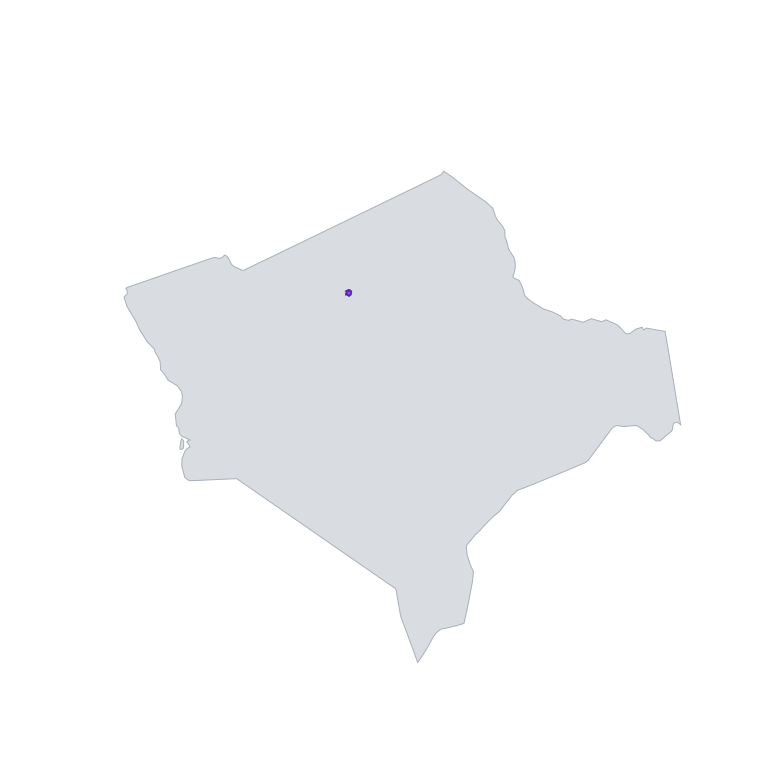 location of Kiambu, Central, Kenya, rotated 125°
{"feature_id": "3690345B45864022138182", "entity_name": "Kiambu", "entity_type": "district", "adm_level": 2, "iso_a3": "KEN", "parent_name": "Kenya", "parent_adm1": "Central", "projection": "orthographic", "projection_center": [36.843, -1.158], "detail": "fine", "context": "in_parent", "style": "filled", "palette": "violet", "viewbox_px": 768, "rotation_deg": 125, "n_neighbors": 0, "source": "geoboundaries", "source_scale": "gbopen_adm2", "svg_char_len": 4374}
<svg xmlns="http://www.w3.org/2000/svg" viewBox="0 0 768 768"><g transform="rotate(125 384 384)"><path d="M175.5,457.2L175.3,448.2L176.6,425.5L176.4,405.6L177.6,395.6L182.5,389.2L184.8,384.6L186.4,378.2L189.0,373.0L194.8,368.7L195.9,366.3L202.1,359.2L205.8,350.1L208.6,346.9L212.1,344.1L214.6,342.6L218.6,341.0L221.8,340.2L222.4,339.4L222.7,338.0L221.6,332.3L223.0,330.4L225.1,326.6L227.6,323.1L229.9,320.9L231.1,318.6L231.7,314.6L231.8,311.7L231.8,307.1L231.1,296.6L228.5,287.9L226.9,278.0L228.1,274.8L226.0,269.1L225.0,268.7L223.3,267.5L221.2,262.1L219.6,257.1L218.6,255.9L211.6,251.6L208.1,241.4L204.2,239.1L202.1,228.9L201.7,226.1L203.9,216.0L203.7,213.6L201.4,211.5L194.8,209.3L189.5,205.2L190.2,203.7L190.6,202.2L187.8,201.2L179.7,183.9L190.2,173.5L200.9,163.0L214.5,149.7L227.0,137.5L237.7,127.0L247.3,117.6L247.1,119.4L247.1,121.8L248.3,123.2L250.3,124.2L253.0,123.2L255.5,121.7L257.8,121.4L272.2,125.3L274.6,128.7L274.4,132.4L275.1,135.0L274.0,137.7L272.7,145.8L273.1,153.2L277.4,158.7L281.3,163.0L284.3,169.1L286.6,170.9L289.7,171.9L299.6,172.1L314.3,172.5L328.5,172.9L329.7,173.0L332.7,173.9L345.8,182.1L357.7,189.6L367.8,196.1L377.6,202.4L387.1,208.6L394.5,213.7L401.8,215.3L413.6,216.0L421.8,216.2L429.3,218.4L440.6,220.4L449.0,221.4L454.1,222.6L468.1,223.8L470.4,223.1L476.6,217.5L483.5,208.3L486.2,203.2L495.2,198.2L510.9,191.1L522.0,186.2L534.3,181.2L539.9,185.6L547.7,192.5L551.1,195.9L553.9,197.4L558.1,198.5L563.2,198.5L566.0,198.3L571.7,197.5L585.0,196.7L592.7,196.7L586.3,205.9L578.7,216.9L564.6,237.2L553.9,247.9L545.7,256.0L545.0,257.4L545.1,266.4L545.2,288.5L545.5,332.6L545.7,376.7L545.9,420.9L546.0,442.9L546.0,450.4L553.1,459.6L560.1,468.7L569.4,480.7L574.3,487.2L575.1,489.3L574.8,493.6L567.2,502.6L561.0,506.7L552.6,508.6L550.1,508.3L546.8,507.0L545.5,509.1L544.5,512.5L542.6,511.8L541.2,510.8L542.1,516.7L542.9,519.7L541.6,523.7L537.5,527.2L537.2,530.1L528.3,537.8L515.8,538.6L509.2,542.4L506.3,545.6L504.0,552.4L504.8,562.9L501.3,571.0L500.6,575.0L494.1,580.2L491.2,585.0L489.1,589.9L487.2,592.1L485.0,603.0L482.0,609.7L481.2,611.9L480.4,613.9L478.1,617.8L476.6,620.4L475.5,622.2L467.8,639.2L461.8,646.9L457.1,646.0L454.0,649.0L453.7,650.4L452.0,649.6L448.1,646.8L440.1,641.0L432.1,635.2L424.1,629.4L416.1,623.7L408.1,617.9L400.1,612.1L392.1,606.3L384.1,600.5L379.4,597.1L377.3,595.1L375.7,591.1L374.9,590.1L372.7,588.9L370.2,588.6L369.5,587.8L369.5,585.9L370.4,583.1L373.4,577.8L373.7,574.7L373.1,571.1L372.2,565.5L371.4,564.2L366.1,561.2L354.9,555.0L343.8,548.7L332.6,542.5L321.4,536.2L310.3,530.0L299.1,523.8L288.0,517.6L276.8,511.3L265.6,505.1L254.5,498.9L243.3,492.6L232.1,486.4L221.0,480.2L209.8,473.9L198.6,467.7L187.5,461.5L183.3,459.2L179.5,457.2L175.5,457.2ZM546.7,517.9L544.7,518.3L545.7,515.3L551.5,511.5L553.8,512.3L554.3,513.2L554.1,514.0L553.1,514.8L546.7,517.9Z" fill="#d9dde1" stroke="#a8b0b8" stroke-width="1"/><path d="M327.4,463.1L327.3,463.3L327.3,463.5L327.2,463.6L327.2,463.8L327.2,464.1L327.0,464.3L326.8,464.4L326.7,464.5L326.8,464.6L326.9,464.8L327.0,464.9L327.0,465.0L327.1,465.3L327.1,465.5L327.3,465.6L327.5,465.7L327.6,465.8L327.8,465.9L327.8,466.0L328.0,466.0L328.2,465.9L328.3,465.9L328.5,465.9L328.5,466.0L328.4,466.4L328.2,466.3L328.2,466.2L327.9,466.2L327.7,466.1L327.4,466.2L327.2,466.1L327.0,465.9L327.1,465.7L326.9,465.6L326.7,465.8L326.5,466.0L326.8,466.3L327.0,466.4L327.3,466.6L327.2,467.1L327.3,467.2L328.6,467.9L329.0,468.1L328.9,467.9L328.8,467.7L328.9,467.8L329.0,467.8L329.3,467.9L329.6,468.0L329.8,468.1L329.8,467.8L329.9,467.5L330.0,467.5L330.1,467.4L330.3,467.5L330.4,467.4L330.4,467.2L330.5,466.8L330.7,467.0L330.8,467.0L331.0,467.1L331.3,467.2L331.5,467.2L331.8,467.1L332.0,467.0L332.3,467.0L332.4,466.9L332.2,466.7L332.3,466.6L332.2,466.6L332.1,466.4L332.0,466.2L331.9,466.1L332.1,465.8L332.1,465.7L332.3,465.4L332.3,465.2L332.2,465.2L331.9,465.2L331.7,465.1L331.6,464.9L331.7,464.7L331.8,464.6L331.8,464.4L332.0,464.3L332.0,464.2L332.0,463.9L332.1,463.6L331.9,463.5L332.0,463.2L331.9,463.0L331.7,463.1L331.4,463.0L331.4,462.9L331.2,462.9L330.9,462.9L330.7,462.8L330.7,462.7L330.4,462.5L330.3,462.4L330.2,462.4L330.1,462.7L330.1,462.8L330.0,463.0L329.4,462.8L329.3,462.7L329.1,462.5L328.9,462.5L328.8,462.8L328.7,463.2L328.5,463.5L328.4,463.5L328.3,463.4L328.2,463.4L327.9,463.3L327.7,463.3L327.5,463.2L327.4,463.2L327.4,463.1Z" fill="#8b5cf6" stroke="#5b21b6" stroke-width="1.5"/></g></svg>